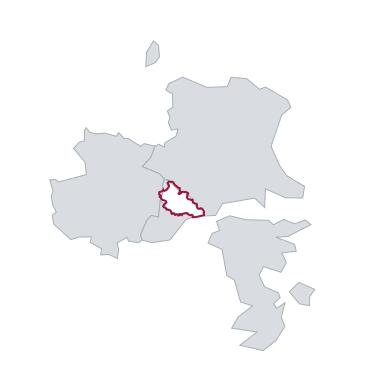 Belgium and the surrounding countries, rotated 193°
{"feature_id": "BEL", "entity_name": "Belgium", "entity_type": "country or territory", "adm_level": 0, "iso_a3": "BEL", "parent_name": "Europe", "parent_adm1": "", "projection": "robinson", "projection_center": [4.727, 50.501], "detail": "fine", "context": "with_neighbors", "style": "outline", "palette": "rose", "viewbox_px": 384, "rotation_deg": 193, "n_neighbors": 5, "source": "natural_earth", "source_scale": "50m", "svg_char_len": 4444}
<svg xmlns="http://www.w3.org/2000/svg" viewBox="0 0 384 384"><g transform="rotate(193 192 192)"><path d="M221.7,198.3L227.8,202.5L246.4,205.5L240.0,216.7L238.5,228.3L235.0,231.1L229.1,229.6L229.5,233.7L220.1,242.8L219.9,250.2L226.2,247.6L230.7,254.8L230.2,259.4L234.2,265.5L229.7,270.4L233.2,283.2L240.4,285.3L239.0,292.4L227.0,301.8L200.7,297.3L181.3,302.6L179.7,312.6L164.1,314.7L149.2,307.2L144.2,310.8L119.8,303.3L114.7,296.9L121.9,287.0L125.3,254.4L112.4,237.3L103.1,229.1L83.6,222.8L82.8,211.0L99.7,207.4L121.2,211.6L117.7,193.2L129.6,200.2L159.7,187.5L163.8,174.5L174.9,171.2L176.7,176.8L182.6,177.1L197.3,191.1L203.9,189.8L218.0,198.6L221.7,198.3ZM256.7,310.0L265.2,303.7L267.8,317.9L263.6,330.6L257.5,327.2L254.1,316.1L256.7,310.0Z" fill="#d9dde1" stroke="#a8b0b8" stroke-width="1"/><path d="M319.6,129.6L323.0,137.8L319.8,142.0L324.6,147.7L328.3,156.2L327.6,161.7L333.4,171.9L327.9,173.6L324.4,171.7L298.8,185.3L302.9,196.9L317.2,207.8L313.0,215.3L308.4,217.4L310.7,228.0L309.6,230.8L305.4,227.4L299.2,226.9L290.0,229.8L278.5,229.2L276.8,233.4L270.1,228.9L266.2,229.8L252.2,224.9L249.6,228.4L238.5,228.3L240.0,216.7L246.4,205.5L227.8,202.5L221.7,198.3L222.4,191.1L219.8,187.5L221.1,176.7L218.9,160.0L226.4,160.0L229.6,154.0L232.5,139.4L230.1,134.0L232.5,130.6L242.8,129.8L245.2,133.3L253.5,125.4L250.5,119.5L249.7,110.4L259.1,112.5L266.9,110.1L267.3,116.3L279.9,120.0L280.0,125.6L292.4,122.6L299.2,118.3L319.6,129.6Z" fill="#d9dde1" stroke="#a8b0b8" stroke-width="1"/><path d="M219.8,187.5L222.4,191.1L221.7,198.3L215.1,197.2L216.5,188.1L219.8,187.5Z" fill="#d9dde1" stroke="#a8b0b8" stroke-width="1"/><path d="M230.1,134.0L232.5,139.4L229.6,154.0L226.4,160.0L218.9,160.0L221.1,176.7L206.1,166.0L194.4,169.3L185.1,168.1L191.7,163.7L202.7,140.3L219.7,133.6L230.1,134.0Z" fill="#d9dde1" stroke="#a8b0b8" stroke-width="1"/><path d="M67.4,127.9L50.6,124.8L53.8,116.3L51.9,107.8L62.2,107.1L74.8,116.9L67.4,127.9ZM105.6,135.3L107.9,126.0L99.9,116.0L85.1,113.2L82.4,108.9L87.3,101.9L83.6,97.7L76.5,105.0L76.8,90.0L71.3,82.1L76.8,66.1L87.0,53.5L110.9,53.4L97.1,70.2L122.7,68.2L118.9,80.8L107.3,94.7L119.9,95.7L130.9,115.8L139.3,118.4L149.8,142.8L164.9,145.9L163.1,156.1L156.6,160.7L161.5,169.0L149.9,177.3L132.9,177.2L111.1,181.6L105.3,178.4L96.5,185.9L84.8,184.1L75.5,190.2L68.9,187.0L88.5,170.3L100.0,166.8L80.3,164.1L77.1,157.8L90.6,152.9L84.2,144.3L87.2,133.8L105.6,135.3Z" fill="#d9dde1" stroke="#a8b0b8" stroke-width="1"/><path d="M196.6,167.4L197.6,167.8L198.5,167.9L198.9,167.8L198.6,166.8L199.4,166.3L200.1,166.0L200.5,166.5L201.2,166.9L201.8,166.9L203.3,165.8L203.7,166.0L204.0,166.4L204.1,166.7L204.2,167.0L204.5,167.2L205.7,167.1L206.3,166.5L206.8,166.1L207.2,166.4L207.4,167.1L207.7,168.1L209.1,169.2L210.4,169.5L211.9,169.3L212.5,169.1L212.9,169.2L213.3,169.8L214.1,170.4L216.0,170.9L216.5,171.2L216.9,171.6L216.8,172.2L216.0,173.8L215.8,174.2L216.0,174.4L215.8,174.7L214.7,175.7L214.6,176.1L214.9,176.7L215.3,177.2L215.9,177.4L216.6,177.5L217.8,177.6L219.1,177.6L219.2,177.9L220.7,178.7L221.1,179.4L222.2,180.0L221.3,180.9L221.5,181.2L221.8,181.6L222.9,181.8L223.5,182.4L223.6,183.2L223.9,184.5L221.5,185.8L220.8,187.3L220.7,187.6L220.4,187.1L219.9,187.1L218.9,186.9L217.5,188.2L216.9,189.4L216.5,190.2L216.0,190.9L215.9,191.6L215.9,191.9L215.8,192.3L215.7,192.7L216.6,193.5L216.8,193.9L217.8,195.3L217.4,195.9L217.2,196.4L216.9,196.8L216.6,197.1L215.6,197.1L214.3,197.2L213.4,197.5L213.0,197.5L212.0,196.8L211.0,195.7L210.3,195.2L210.0,194.8L209.2,194.6L208.1,194.1L207.3,193.5L206.6,193.2L205.6,193.0L204.8,193.0L204.5,192.0L204.4,190.9L203.8,190.2L204.7,187.4L204.1,187.1L203.6,187.3L202.7,188.0L202.3,188.8L202.1,189.5L200.6,190.2L198.4,190.5L195.9,190.2L195.6,190.0L195.4,189.8L195.4,189.6L195.6,189.2L196.0,188.7L196.1,188.1L195.7,187.5L195.4,187.3L195.5,186.7L195.9,186.0L195.9,185.6L194.3,184.4L193.1,184.2L191.9,184.2L191.0,184.0L190.5,184.1L190.1,184.4L189.7,184.7L189.5,184.4L189.0,182.3L188.6,181.9L187.1,181.6L185.0,181.5L184.5,181.1L184.2,180.1L184.0,179.0L183.3,177.9L183.0,177.6L182.4,177.1L181.3,177.3L180.0,178.0L179.3,178.1L179.0,178.2L178.0,177.6L176.8,176.6L175.9,175.6L175.7,175.0L176.0,174.3L175.7,173.8L175.2,172.8L175.1,172.1L180.6,169.4L184.0,168.0L185.6,167.6L185.9,169.0L186.2,169.4L186.6,169.7L187.1,169.7L187.7,169.4L188.5,169.0L189.7,169.2L190.7,169.5L191.0,169.9L191.6,170.2L192.5,170.3L194.3,169.7L196.0,168.7L196.5,168.0L196.6,167.4Z" fill="none" stroke="#9f1239" stroke-width="2"/></g></svg>